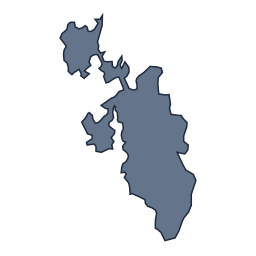 the district of Muan-gun, South Jeolla, South Korea
{"feature_id": "91817680B20286966250971", "entity_name": "Muan-gun", "entity_type": "district", "adm_level": 2, "iso_a3": "KOR", "parent_name": "South Korea", "parent_adm1": "South Jeolla", "projection": "equal_earth", "projection_center": [126.385, 34.959], "detail": "fine", "context": "isolated", "style": "filled", "palette": "slate", "viewbox_px": 256, "rotation_deg": 0, "n_neighbors": 0, "source": "geoboundaries", "source_scale": "gbopen_adm2", "svg_char_len": 2665}
<svg xmlns="http://www.w3.org/2000/svg" viewBox="0 0 256 256"><path d="M187.0,122.5L183.2,118.7L181.1,115.4L178.6,115.4L171.0,114.3L169.5,108.2L170.5,104.4L169.0,94.5L165.4,95.0L158.8,93.9L158.3,89.5L157.8,82.9L158.3,77.4L162.4,72.5L161.3,68.1L157.3,67.0L150.2,66.4L144.0,72.4L138.8,76.0L136.7,78.6L136.1,81.0L137.0,84.6L137.0,88.9L133.7,90.2L129.1,88.5L126.4,82.6L124.3,78.3L127.0,76.0L129.1,72.0L128.8,67.4L124.9,61.8L121.8,68.4L120.0,65.1L122.1,60.8L121.8,56.2L118.2,61.5L117.3,65.4L115.4,68.1L112.4,66.4L112.1,61.5L106.9,61.8L103.9,61.2L102.1,56.2L104.8,51.9L100.5,52.9L98.1,49.3L98.7,46.0L97.5,41.7L99.3,35.5L102.1,25.6L102.4,15.4L99.9,19.3L95.1,19.3L98.1,23.3L94.5,29.2L91.1,31.5L88.1,31.2L87.2,27.2L85.3,25.6L82.0,27.9L79.0,28.9L75.3,26.9L74.4,22.3L70.5,22.3L68.0,24.3L66.8,29.5L62.2,33.5L60.1,38.1L64.7,44.0L66.2,46.3L64.1,50.3L63.5,53.9L64.1,60.5L67.1,63.1L68.3,67.1L68.3,71.4L71.7,74.5L72.0,74.7L73.8,72.7L79.0,69.4L81.4,74.0L80.8,75.7L84.1,78.3L89.3,73.7L84.4,71.1L87.2,68.1L90.8,65.4L89.0,61.8L90.8,56.5L94.5,54.6L97.5,54.6L100.8,60.5L102.1,63.8L101.1,66.4L99.0,68.4L101.4,70.7L103.9,72.0L104.8,74.0L103.6,76.3L106.0,82.9L108.4,82.3L114.5,78.3L117.0,77.3L118.8,77.0L123.3,87.9L123.6,89.9L119.1,91.5L115.7,95.8L114.2,97.1L111.5,98.1L101.1,105.4L105.4,108.4L108.1,109.0L108.1,112.6L106.3,115.0L104.2,116.3L100.8,120.2L98.1,122.6L95.4,123.2L92.9,119.3L92.3,115.3L89.3,112.6L87.8,113.6L85.6,117.9L83.5,120.2L81.7,122.2L85.6,129.8L87.4,133.8L92.3,135.4L92.0,138.8L86.5,142.4L87.1,145.0L91.7,144.4L94.1,144.0L96.0,146.4L96.0,151.3L101.4,152.3L106.9,149.7L109.0,148.7L112.7,149.0L111.8,144.7L113.9,141.4L111.2,137.8L114.5,133.5L114.8,130.5L112.1,128.5L109.0,125.9L109.0,122.6L112.1,120.2L113.6,117.6L112.7,112.6L113.3,108.4L114.5,105.8L115.5,107.1L115.1,109.8L116.3,111.3L117.3,112.4L117.6,115.8L117.8,117.7L117.4,119.9L118.3,121.9L121.6,122.6L122.6,123.2L123.2,127.3L123.2,129.5L122.1,131.0L121.7,133.0L121.3,134.9L121.8,137.9L122.2,139.4L123.3,141.4L125.6,142.2L124.5,143.8L123.5,144.9L122.6,146.4L123.2,149.7L125.3,151.4L126.6,152.4L127.4,153.4L128.4,155.7L127.9,158.3L125.8,161.9L123.0,163.6L121.8,166.9L121.2,172.8L124.9,172.2L126.1,174.1L124.3,177.5L127.0,180.8L128.8,183.1L129.7,187.7L130.1,194.3L132.2,193.6L138.4,196.4L144.9,199.6L145.5,203.5L147.8,206.3L151.7,207.7L155.6,210.2L156.6,213.4L155.6,219.0L155.3,224.2L155.4,228.3L156.3,228.5L160.9,232.3L165.0,240.6L175.1,237.9L179.2,230.1L182.2,221.3L184.2,217.4L188.3,212.5L191.3,205.3L191.3,194.2L195.9,180.4L193.3,174.4L185.7,170.0L182.2,163.3L177.1,152.3L184.7,154.0L187.7,150.1L188.3,145.1L183.7,141.3L183.7,135.8L186.7,127.0L187.0,122.5Z" fill="#64748b" stroke="#1e293b" stroke-width="1.5"/></svg>